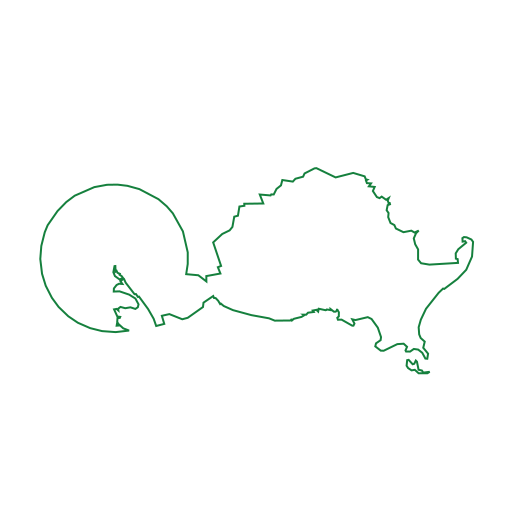 the district of Sligo-Strandhill Lea-6, Sligo, Ireland, rotated 188°
{"feature_id": "5873133B64230948512776", "entity_name": "Sligo-Strandhill Lea-6", "entity_type": "district", "adm_level": 2, "iso_a3": "IRL", "parent_name": "Ireland", "parent_adm1": "Sligo", "projection": "orthographic", "projection_center": [-8.544, 54.265], "detail": "fine", "context": "isolated", "style": "outline", "palette": "green", "viewbox_px": 512, "rotation_deg": 188, "n_neighbors": 0, "source": "geoboundaries", "source_scale": "gbopen_adm2", "svg_char_len": 3348}
<svg xmlns="http://www.w3.org/2000/svg" viewBox="0 0 512 512"><g transform="rotate(188 256 256)"><path d="M371.3,164.5L377.4,165.9L383.0,169.7L382.0,168.1L384.3,167.6L384.2,170.3L383.1,169.8L384.3,171.6L384.5,175.3L382.3,175.7L382.0,176.8L384.9,176.8L389.1,183.4L386.7,184.2L384.7,182.9L385.2,184.6L383.1,186.7L378.2,186.1L373.2,187.7L368.1,186.8L365.9,188.8L365.6,191.8L369.5,197.1L376.2,200.1L386.2,202.0L391.9,201.0L392.2,204.1L390.0,207.9L387.7,209.5L384.4,209.7L386.7,212.2L384.0,215.0L384.7,215.8L387.8,213.8L392.9,216.5L395.0,220.1L394.7,226.3L393.9,226.5L392.9,221.0L392.0,221.9L390.8,220.1L388.3,219.4L388.5,218.5L386.1,217.3L384.5,215.6L383.5,214.9L381.4,211.5L371.0,201.3L369.6,201.6L367.2,199.0L366.2,199.5L355.5,188.5L348.6,179.6L345.1,172.8L337.4,176.0L340.9,183.7L333.7,186.4L320.2,183.1L315.0,185.3L301.4,198.1L301.5,202.5L292.8,210.4L291.8,208.6L290.1,208.7L287.2,206.4L284.8,203.4L284.2,204.0L281.0,202.0L271.3,199.2L252.3,196.8L234.4,196.1L228.4,194.6L213.1,196.9L212.1,197.4L212.3,198.7L211.4,197.2L209.7,199.1L202.5,202.0L199.9,204.1L200.8,204.5L198.1,204.9L196.6,207.1L191.0,208.6L192.2,209.9L187.2,211.6L187.8,210.4L186.7,209.6L186.5,212.5L179.5,212.0L178.7,212.7L179.1,211.9L178.4,212.9L174.7,212.8L174.9,213.9L171.1,211.7L169.3,212.0L168.1,213.7L169.2,214.0L168.0,214.1L166.1,211.8L165.6,207.7L166.9,206.1L166.0,204.3L162.4,204.9L151.0,200.4L149.8,200.6L149.1,202.8L151.9,206.7L148.6,206.4L136.8,211.0L132.8,209.7L125.4,202.0L120.9,193.1L120.9,190.0L125.0,186.2L125.3,183.1L119.2,179.6L116.3,180.0L103.8,188.4L97.6,189.7L93.8,187.1L94.8,183.3L94.1,182.3L90.1,182.8L86.8,185.9L82.4,185.9L77.9,183.3L74.0,178.0L72.1,178.1L72.0,183.2L77.6,188.4L77.0,194.7L81.5,197.7L83.5,201.1L85.0,208.1L83.9,215.9L80.3,227.4L70.0,245.0L66.2,249.8L65.0,249.6L53.2,261.4L45.9,271.6L42.0,285.5L43.0,300.2L45.0,302.3L50.0,303.8L52.7,303.7L54.1,302.4L53.4,299.0L51.0,299.8L49.7,298.4L56.6,290.9L58.6,286.4L57.7,281.2L55.9,281.0L55.0,277.3L83.1,271.6L91.5,271.8L95.0,275.0L96.4,285.1L100.0,289.8L102.2,295.4L100.7,300.8L98.4,303.8L102.3,301.3L105.7,302.7L113.3,300.1L121.3,302.7L123.3,305.9L127.4,307.4L130.5,312.9L130.7,317.0L133.0,319.5L132.7,324.7L130.5,325.9L131.0,327.1L133.0,326.9L132.2,327.3L133.3,329.2L132.6,331.9L135.0,329.8L139.8,332.3L141.7,330.5L144.5,331.2L149.3,336.6L148.1,340.9L153.9,340.7L152.2,343.9L156.3,343.6L157.6,346.0L156.4,347.0L157.9,347.2L159.5,350.0L171.3,351.8L188.1,344.9L208.4,351.4L210.3,350.9L219.4,344.5L220.4,341.1L227.7,338.0L229.9,334.8L240.5,334.9L241.1,329.4L245.0,325.3L247.0,319.4L249.5,319.1L250.0,318.0L260.8,317.4L256.1,309.0L274.9,306.1L274.5,304.1L279.3,302.7L279.5,293.4L283.0,291.9L283.4,281.5L285.7,277.7L292.5,273.1L300.3,263.5L289.2,241.3L292.2,239.6L288.8,233.7L302.4,229.2L301.6,223.9L310.4,228.9L322.6,228.3L322.5,238.6L324.1,250.1L331.8,270.2L344.3,286.7L351.3,292.8L360.5,298.7L380.8,306.0L393.1,307.6L403.0,307.4L413.4,305.8L425.7,301.7L443.9,290.5L451.4,283.0L458.8,272.9L466.6,257.5L468.5,250.1L470.0,236.1L469.2,223.0L465.4,208.6L460.1,197.3L452.3,186.2L444.4,178.1L433.5,170.2L423.1,165.1L410.2,161.5L398.0,160.2L384.4,161.1L371.3,164.5ZM89.8,166.2L86.0,164.4L82.9,165.4L78.6,162.5L70.0,163.7L67.9,165.5L74.1,163.8L75.8,165.7L79.2,166.0L81.9,173.7L83.2,174.7L84.3,171.3L85.8,170.6L90.4,174.4L91.8,173.9L91.6,168.3L89.8,166.2Z" fill="none" stroke="#15803d" stroke-width="2"/></g></svg>